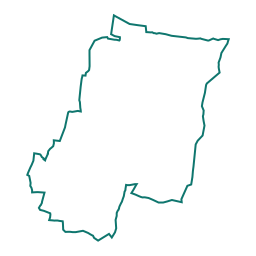 the district of Chumayel, Yucatán, Mexico
{"feature_id": "50627088B77720764307123", "entity_name": "Chumayel", "entity_type": "district", "adm_level": 2, "iso_a3": "MEX", "parent_name": "Mexico", "parent_adm1": "Yucatán", "projection": "albers", "projection_center": [-89.289, 20.471], "detail": "fine", "context": "isolated", "style": "outline", "palette": "teal", "viewbox_px": 256, "rotation_deg": 0, "n_neighbors": 0, "source": "geoboundaries", "source_scale": "gbopen_adm2", "svg_char_len": 2723}
<svg xmlns="http://www.w3.org/2000/svg" viewBox="0 0 256 256"><path d="M218.6,62.6L219.2,61.0L220.5,57.4L221.4,53.0L224.7,47.7L225.5,46.4L227.4,43.5L228.0,41.3L228.7,39.2L225.0,39.0L222.8,38.9L220.5,39.3L218.1,40.1L213.8,38.8L213.2,38.5L208.8,40.5L207.7,40.5L201.2,38.8L200.5,38.4L197.6,38.7L196.0,38.8L187.8,38.1L185.8,37.4L171.6,35.8L165.7,34.2L159.1,33.1L156.5,33.7L154.6,33.1L153.6,33.1L152.3,32.3L150.7,32.4L148.1,32.2L146.3,32.1L145.7,26.2L138.0,25.2L129.6,24.0L113.9,15.4L111.1,34.2L114.6,36.1L119.9,37.2L119.9,38.8L119.6,40.2L119.3,40.5L116.5,39.8L114.4,39.7L108.0,38.6L107.2,37.1L102.1,37.6L94.6,40.7L89.5,50.1L89.5,53.9L89.6,66.2L89.1,70.0L88.2,71.1L85.9,72.9L85.5,75.6L82.5,75.4L82.0,77.9L81.8,78.2L81.5,80.2L80.7,86.4L79.3,100.2L79.9,102.1L80.3,107.9L80.7,110.1L80.8,111.5L79.1,111.2L77.9,110.9L73.5,111.7L72.8,111.8L72.1,111.9L70.7,111.6L69.7,111.5L68.6,111.9L68.2,112.5L68.0,113.3L65.5,124.8L65.0,127.4L64.8,127.9L59.8,141.0L53.8,140.3L53.9,143.3L53.2,146.2L52.4,146.9L51.4,147.8L50.1,148.8L49.1,150.1L48.3,151.1L48.0,152.4L48.0,153.7L47.7,153.8L47.5,154.7L45.6,158.9L45.1,160.4L43.5,159.2L43.7,158.4L41.8,157.0L41.7,156.8L41.7,156.7L40.5,154.7L39.9,154.3L35.6,153.5L35.4,153.5L35.2,153.5L34.2,153.3L33.5,159.7L33.4,160.7L31.6,165.0L30.4,167.4L28.2,172.5L27.3,174.9L28.3,175.4L29.2,175.9L30.6,182.9L30.3,185.9L31.4,187.7L32.1,190.1L32.1,191.5L32.1,192.4L37.6,192.1L44.5,192.6L42.0,201.8L41.9,202.9L41.4,203.8L40.9,205.0L40.3,205.5L38.9,207.9L40.1,209.9L43.8,210.8L50.2,213.3L50.4,214.5L50.1,217.3L49.2,220.1L52.6,220.4L54.6,220.6L55.8,220.5L57.4,220.5L59.4,220.9L62.7,221.3L62.9,222.9L63.2,229.7L65.4,231.9L68.3,231.8L70.0,231.8L72.5,232.1L75.4,232.1L75.8,232.1L83.0,230.8L88.2,233.0L90.4,234.4L91.2,234.8L91.7,235.1L93.0,235.7L94.1,237.9L98.1,240.6L109.0,233.9L111.8,237.5L115.0,232.3L116.2,228.3L115.6,219.9L116.7,215.9L116.7,213.7L116.8,212.7L117.9,210.4L118.3,210.0L118.6,209.7L118.7,209.1L119.0,208.6L119.2,207.3L119.6,206.2L120.9,203.5L121.1,203.1L121.9,201.7L122.8,198.9L123.8,196.2L124.6,191.5L125.1,190.8L125.5,189.8L125.4,189.4L126.1,184.9L127.1,185.1L129.7,185.1L131.5,184.8L133.0,184.5L135.1,184.1L136.7,184.1L135.9,185.4L134.9,187.2L133.6,189.5L131.4,193.1L133.6,193.9L135.7,194.7L138.8,196.1L141.0,197.0L142.5,197.4L144.7,197.3L148.6,198.0L152.8,199.8L158.5,202.5L160.2,202.5L163.3,202.5L167.4,201.4L171.9,200.0L181.7,202.2L181.4,199.2L184.8,191.6L187.4,185.8L191.2,184.5L192.4,177.1L192.8,172.3L192.9,171.1L193.5,166.4L195.7,144.4L197.7,140.7L202.6,135.5L204.5,125.6L203.6,121.0L202.9,116.2L203.4,114.4L203.6,111.3L203.7,110.6L201.9,106.2L202.5,102.4L204.9,92.9L206.1,85.0L206.8,83.5L219.6,72.6L218.8,68.4L218.6,66.8L218.8,64.8L218.6,62.6Z" fill="none" stroke="#0f766e" stroke-width="2"/></svg>